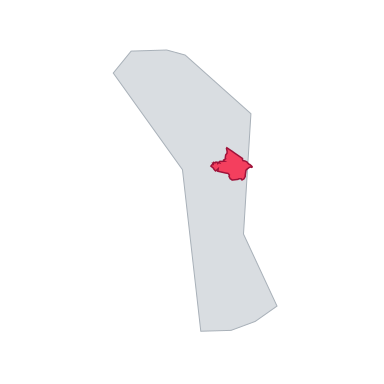 Asan, Guam shown in context, rotated 132°
{"feature_id": "77769853B60030225466541", "entity_name": "Asan", "entity_type": "district", "adm_level": 2, "iso_a3": "GUM", "parent_name": "Guam", "parent_adm1": "", "projection": "robinson", "projection_center": [144.726, 13.457], "detail": "fine", "context": "in_parent", "style": "filled", "palette": "rose", "viewbox_px": 384, "rotation_deg": 132, "n_neighbors": 0, "source": "geoboundaries", "source_scale": "gbopen_adm2", "svg_char_len": 1235}
<svg xmlns="http://www.w3.org/2000/svg" viewBox="0 0 384 384"><g transform="rotate(132 192 192)"><path d="M156.3,330.1L128.0,331.5L103.4,305.8L94.8,288.7L94.4,200.6L188.8,125.6L219.9,52.5L245.8,58.4L268.7,70.4L289.6,92.3L181.8,214.0L156.3,330.1Z" fill="#d9dde1" stroke="#a8b0b8" stroke-width="1"/><path d="M147.5,162.2L144.9,162.8L143.7,163.8L143.4,164.0L139.8,166.4L138.8,166.5L137.2,166.2L135.4,165.9L134.0,165.0L133.9,164.3L133.4,164.0L132.9,164.3L132.8,165.7L132.9,167.6L133.3,168.7L132.9,171.4L133.6,173.6L134.6,175.1L133.9,176.5L133.5,176.7L133.3,176.9L133.7,180.0L134.6,186.8L134.8,188.8L135.5,193.5L135.6,194.4L135.8,195.7L136.6,195.5L138.2,193.2L139.8,191.9L141.9,191.8L144.4,190.1L144.8,189.3L147.2,189.9L147.7,189.5L147.4,188.5L149.0,190.0L150.5,191.8L151.7,192.0L151.9,191.0L152.4,192.0L153.6,191.9L153.0,193.3L154.0,194.4L154.8,194.3L155.5,195.7L156.5,195.1L156.8,195.8L157.5,194.7L158.2,195.4L160.1,195.3L160.0,191.8L160.4,191.0L160.6,188.7L160.5,188.4L157.2,188.1L159.3,186.7L155.4,179.7L154.1,177.7L154.1,177.1L154.3,175.6L155.6,175.0L156.6,172.4L156.3,171.2L156.3,170.2L151.9,166.3L150.9,166.1L149.9,165.1L149.9,164.9L149.2,164.3L149.6,162.9L147.5,162.2Z" fill="#f43f5e" stroke="#9f1239" stroke-width="1.5"/></g></svg>